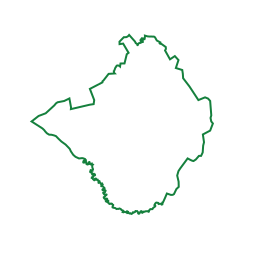 Bursari, Yobe, Nigeria (Natural Earth projection), rotated 67°
{"feature_id": "59680162B10627743467335", "entity_name": "Bursari", "entity_type": "district", "adm_level": 2, "iso_a3": "NGA", "parent_name": "Nigeria", "parent_adm1": "Yobe", "projection": "natural_earth1", "projection_center": [11.571, 12.686], "detail": "fine", "context": "isolated", "style": "outline", "palette": "green", "viewbox_px": 256, "rotation_deg": 67, "n_neighbors": 0, "source": "geoboundaries", "source_scale": "gbopen_adm2", "svg_char_len": 5818}
<svg xmlns="http://www.w3.org/2000/svg" viewBox="0 0 256 256"><g transform="rotate(67 128 128)"><path d="M103.3,203.2L104.3,201.1L105.8,199.1L107.3,197.5L110.7,196.2L114.4,194.6L118.9,191.9L124.4,189.8L127.2,189.7L131.3,188.9L134.0,187.6L136.9,185.0L137.8,182.0L138.4,181.1L139.7,179.7L141.2,179.3L141.5,179.5L141.5,180.0L141.2,180.3L140.8,180.6L140.9,181.6L141.3,182.1L142.0,182.6L142.3,182.6L142.7,182.1L142.7,181.7L142.4,180.9L142.1,180.7L142.2,180.2L142.9,179.8L143.2,180.0L143.4,180.2L143.8,179.9L144.3,180.0L144.7,180.3L145.1,180.1L144.9,179.6L145.0,179.3L145.2,179.2L145.8,179.2L145.9,177.9L145.5,177.8L145.2,177.9L144.8,177.8L144.7,177.7L144.3,177.5L144.2,177.1L144.2,176.9L144.3,176.8L144.6,176.7L145.6,177.2L146.0,177.0L146.2,176.7L146.6,176.8L146.9,176.6L147.1,176.4L147.1,176.2L147.0,175.7L146.8,175.5L146.7,175.2L146.9,175.2L147.0,175.5L147.3,175.6L148.0,174.7L148.5,175.5L148.9,175.8L150.7,176.3L152.2,176.3L152.6,176.5L152.8,177.4L153.0,177.5L153.5,177.5L153.5,177.8L152.9,178.3L152.3,178.6L152.2,178.8L152.6,179.1L152.9,179.2L153.3,179.0L153.6,179.2L153.7,179.5L153.5,179.9L153.7,180.0L154.0,179.9L155.1,178.9L155.4,178.7L155.9,178.8L156.5,179.1L156.8,179.1L157.0,178.9L157.1,178.3L157.1,178.1L156.8,177.7L156.8,177.3L157.4,177.0L157.8,176.6L158.4,176.7L158.6,176.9L158.6,177.3L158.2,178.1L158.2,178.4L158.4,178.6L159.2,178.9L159.4,179.1L159.6,179.7L159.6,179.9L159.3,180.1L159.3,180.6L159.8,180.9L160.3,180.3L161.4,180.2L162.4,179.7L162.7,179.6L162.9,179.5L162.9,179.3L162.8,179.1L162.8,178.5L162.4,178.2L161.9,178.2L161.9,177.5L162.0,177.3L162.7,177.1L163.3,177.3L163.4,177.1L163.6,176.3L163.7,176.1L164.0,176.1L164.5,176.3L164.8,176.2L165.2,175.9L165.4,175.4L165.9,175.0L166.3,175.1L166.6,175.4L166.4,176.0L166.5,176.3L166.7,176.5L167.0,176.5L167.1,176.2L167.0,175.5L167.3,175.3L167.5,175.0L168.3,174.8L168.7,174.9L169.4,174.7L169.5,174.5L169.1,174.2L168.9,173.8L168.9,173.6L169.0,173.6L169.4,173.6L169.9,173.4L170.2,173.4L170.4,173.7L170.5,173.9L170.3,174.5L170.6,174.7L170.6,175.0L170.8,175.2L171.1,175.3L171.3,175.0L171.3,174.7L171.1,174.5L171.4,174.3L174.0,173.1L174.5,173.2L174.8,173.6L174.7,174.3L174.5,174.5L174.4,174.8L174.6,175.4L174.9,175.7L175.2,175.6L175.7,175.1L176.4,173.3L176.9,173.1L177.1,173.2L177.4,173.7L177.9,174.1L178.1,174.3L178.2,175.0L177.8,175.9L178.0,176.2L178.8,176.1L179.9,175.8L180.3,175.3L180.6,174.1L180.9,173.8L181.2,174.0L181.3,174.2L181.4,174.6L181.3,175.2L181.4,175.4L182.2,176.1L182.2,177.3L182.5,177.5L183.0,177.5L183.9,177.2L184.3,177.0L184.6,176.4L184.6,175.4L184.8,175.0L185.2,174.9L186.2,175.5L186.8,175.2L187.2,174.6L187.5,174.6L187.8,174.9L187.7,175.5L187.0,175.5L186.8,175.6L186.7,175.7L186.7,176.1L186.9,176.4L187.0,176.6L186.8,176.7L186.6,176.6L186.5,176.9L186.5,177.0L186.9,177.0L187.5,176.6L187.9,176.0L189.0,175.5L189.6,175.0L190.2,175.0L190.6,174.8L190.9,174.4L190.8,173.5L191.2,172.6L191.6,172.3L192.1,172.4L193.0,171.7L193.6,172.0L194.1,172.7L194.7,173.2L195.1,173.2L195.9,172.3L196.2,171.7L196.5,171.3L196.9,170.9L198.1,170.2L198.4,169.0L198.8,168.3L198.7,167.6L198.8,167.2L199.5,166.6L199.8,166.3L201.0,166.0L202.0,164.9L202.4,164.7L202.7,164.9L203.2,165.7L203.3,165.8L203.6,165.4L203.8,165.2L203.8,164.7L203.6,164.3L204.1,163.5L204.5,163.2L204.7,162.5L204.7,162.1L204.3,161.4L204.6,161.2L205.0,161.7L205.5,162.1L206.0,162.0L206.1,161.6L205.9,161.3L205.8,160.7L206.4,160.8L206.9,160.3L207.2,160.1L207.5,159.7L207.3,159.3L207.5,158.9L208.2,158.5L208.4,158.4L208.4,157.7L208.1,157.1L207.6,156.5L207.5,156.3L207.8,155.9L208.1,155.8L208.0,155.1L208.0,154.2L207.9,153.9L207.4,153.5L207.5,153.3L207.8,153.0L208.0,152.1L209.6,151.6L210.5,152.0L211.0,151.8L211.2,151.0L210.9,150.5L209.9,149.3L209.7,148.9L209.7,148.3L209.9,148.1L211.2,148.2L211.6,148.1L211.7,147.9L211.6,147.6L211.0,146.8L211.1,146.3L211.5,146.1L211.4,145.3L211.6,144.8L211.6,144.0L212.3,142.6L212.3,141.9L212.5,141.9L212.9,142.0L213.2,141.7L213.1,141.4L212.4,141.1L212.2,140.7L211.9,140.4L211.8,139.9L211.5,139.6L211.5,138.8L211.9,138.1L212.2,137.2L211.3,135.9L211.0,134.3L210.7,133.5L210.4,133.3L210.0,133.2L209.8,133.3L209.5,133.7L209.3,133.8L208.2,132.5L207.8,131.6L207.7,131.1L208.7,129.5L209.1,129.4L209.6,129.6L210.0,129.4L210.0,129.1L210.2,128.4L210.8,127.0L211.0,126.9L211.6,127.0L211.7,126.9L211.7,126.2L211.3,126.0L211.0,126.2L210.5,126.0L210.0,125.4L210.2,124.9L206.6,121.0L203.5,117.8L206.4,114.6L207.0,112.9L206.8,111.5L203.1,107.3L202.0,104.3L197.2,102.4L191.0,101.3L187.4,98.4L185.6,95.7L179.3,85.0L182.0,82.8L183.3,81.6L184.0,80.6L183.5,77.9L181.4,73.6L182.2,71.6L179.7,68.8L173.6,65.7L170.8,63.6L163.2,61.6L162.5,53.4L157.0,48.1L154.5,48.8L151.0,48.1L148.9,46.4L135.2,41.8L132.2,42.8L129.9,45.1L129.8,52.3L113.8,55.2L103.7,57.8L99.4,56.3L95.8,55.4L91.5,60.5L85.2,55.0L80.1,56.8L81.2,62.5L71.1,63.6L70.0,62.2L68.2,61.6L63.8,64.3L63.0,65.5L62.4,65.8L61.9,65.4L61.7,64.9L58.7,67.3L55.1,67.7L54.0,68.4L52.1,72.7L51.3,74.2L49.6,76.3L50.6,76.6L51.1,77.1L51.2,77.4L52.1,77.6L52.5,77.9L52.7,78.1L52.1,79.6L51.7,79.3L51.1,79.7L50.8,80.2L51.1,80.7L51.2,80.4L51.8,80.9L52.1,81.4L52.1,82.2L52.7,82.4L52.9,82.3L52.7,81.3L52.9,80.9L53.7,80.9L53.9,80.8L54.0,80.5L54.6,80.8L54.4,81.5L54.5,83.5L54.2,84.6L54.3,85.2L54.6,85.7L55.4,86.5L55.5,86.7L55.4,86.9L54.3,86.8L53.1,87.5L52.9,87.7L51.1,87.8L42.8,90.6L43.3,91.5L43.6,92.5L43.7,93.7L43.6,94.5L43.2,95.2L43.0,96.1L42.8,96.4L45.2,102.1L47.5,103.0L48.4,99.5L59.0,98.1L59.6,100.3L67.2,106.0L65.7,109.7L68.3,111.3L67.6,111.6L66.7,112.5L66.2,113.6L66.4,114.4L67.1,115.2L67.4,115.9L70.1,118.5L70.2,118.9L71.8,119.2L72.6,118.9L70.6,124.7L74.6,131.9L75.1,133.3L76.0,133.7L77.1,147.8L89.1,148.2L92.6,150.3L91.6,154.2L88.3,173.2L86.8,172.4L77.9,170.4L78.2,176.2L76.8,182.8L77.2,184.7L78.4,187.0L82.3,198.0L82.0,205.6L84.3,214.2L95.0,206.9L97.3,205.9L98.7,205.6L101.2,204.7L103.3,203.2Z" fill="none" stroke="#15803d" stroke-width="2"/></g></svg>